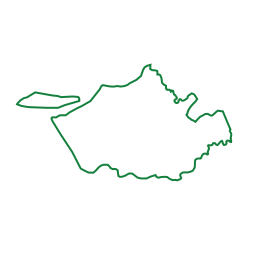 outline of Burutu, Delta, Nigeria, rotated 339°
{"feature_id": "59680162B9558481059390", "entity_name": "Burutu", "entity_type": "district", "adm_level": 2, "iso_a3": "NGA", "parent_name": "Nigeria", "parent_adm1": "Delta", "projection": "orthographic", "projection_center": [5.655, 5.239], "detail": "fine", "context": "isolated", "style": "outline", "palette": "green", "viewbox_px": 256, "rotation_deg": 339, "n_neighbors": 0, "source": "geoboundaries", "source_scale": "gbopen_adm2", "svg_char_len": 3334}
<svg xmlns="http://www.w3.org/2000/svg" viewBox="0 0 256 256"><g transform="rotate(339 128 128)"><path d="M223.1,165.9L222.8,157.4L222.5,146.5L218.0,144.0L215.5,144.8L212.4,146.1L210.7,146.5L209.0,145.3L207.6,143.4L204.9,142.6L203.3,142.9L201.6,143.2L199.6,143.3L196.1,144.8L193.2,146.4L191.7,144.4L190.4,143.3L189.3,141.4L188.1,139.8L187.3,136.7L188.6,135.8L188.8,135.7L189.2,134.6L190.0,133.9L191.0,132.8L194.2,130.5L198.4,128.3L199.8,127.9L203.0,125.7L201.9,120.5L199.9,118.5L195.8,119.5L194.8,120.4L194.0,121.5L191.3,122.1L189.8,122.3L189.2,122.2L188.3,121.9L187.8,121.0L187.4,120.0L186.9,119.7L186.2,119.8L185.7,120.2L184.8,120.8L184.4,121.9L183.8,122.2L182.8,122.2L182.0,122.0L181.7,121.6L181.4,121.1L181.1,120.1L181.1,119.3L181.4,118.7L182.3,118.3L183.4,118.2L184.1,118.0L184.4,117.4L184.4,116.4L183.7,114.0L183.0,113.1L183.1,111.6L183.4,110.1L183.4,109.8L183.4,109.5L183.3,109.3L183.1,109.2L182.2,109.5L182.0,109.3L182.0,109.0L181.9,108.7L181.7,108.8L181.4,109.3L181.0,109.4L181.0,108.5L180.8,107.7L180.2,107.0L179.0,106.8L177.7,105.8L177.9,105.1L177.7,104.1L178.2,103.5L178.6,102.1L176.8,100.1L176.0,97.8L177.1,93.5L177.1,90.3L175.9,88.9L174.7,88.7L175.0,87.5L175.7,85.9L175.7,85.2L174.0,83.9L172.7,83.3L171.2,82.6L169.9,80.8L171.1,78.1L171.6,77.1L169.4,76.9L168.8,76.8L168.0,76.8L165.2,77.3L162.6,79.5L161.3,81.1L158.7,84.1L152.9,86.1L145.2,86.9L143.1,87.6L139.8,87.6L137.4,87.0L135.8,86.6L133.3,85.1L129.1,84.1L126.2,82.8L123.8,81.4L120.0,79.0L117.8,79.5L115.9,81.5L102.6,89.4L92.4,91.0L87.7,91.3L78.9,92.5L74.5,93.8L69.1,91.8L67.9,91.8L64.8,92.4L61.2,90.9L60.0,91.5L59.9,94.3L62.9,110.2L67.3,130.3L69.3,148.9L71.6,151.6L75.1,155.4L79.6,157.3L82.3,156.4L86.7,154.2L89.4,153.4L92.3,153.6L95.9,155.1L97.0,157.4L97.2,158.9L99.0,160.9L101.0,161.5L102.3,162.4L103.2,163.8L102.5,166.4L101.9,169.4L102.9,170.7L105.2,171.4L108.4,171.5L110.4,171.1L113.0,170.9L115.6,172.1L117.1,174.4L117.3,174.8L119.2,177.8L121.8,179.6L125.2,181.0L127.0,181.7L132.3,181.5L136.8,181.8L137.1,183.9L138.6,185.3L141.0,185.6L144.5,186.6L147.0,187.8L148.6,190.3L150.9,192.6L152.2,193.0L153.6,193.4L155.2,194.5L157.8,194.5L159.3,194.2L159.8,193.5L159.7,192.4L159.7,190.9L159.8,190.8L160.7,189.7L163.3,189.2L165.2,189.8L167.8,190.9L171.0,191.2L173.4,191.0L176.0,188.9L177.5,185.9L178.6,183.1L179.3,182.0L181.0,181.4L182.9,181.7L184.5,182.4L185.5,182.2L186.3,181.2L187.4,180.1L189.1,179.2L190.5,179.4L191.8,180.1L192.4,181.1L193.4,181.0L193.8,179.0L194.9,177.7L196.0,176.7L196.5,175.0L196.3,173.3L196.9,172.9L198.7,173.7L200.5,174.0L201.1,173.5L202.1,172.7L203.4,173.2L203.6,173.2L203.9,174.0L204.5,175.3L205.4,176.0L205.7,175.9L206.0,175.8L206.9,175.3L208.4,174.5L209.7,173.8L211.1,173.7L211.3,174.4L211.0,176.2L211.1,177.3L211.4,178.2L213.5,178.5L214.6,177.4L214.9,175.9L216.2,175.3L217.6,176.1L217.8,176.2L218.0,176.7L218.4,177.6L219.2,178.0L219.7,177.2L219.9,176.0L219.9,175.7L220.3,174.2L221.1,172.8L222.1,171.2L222.3,169.6L222.1,168.6L222.0,167.2L223.0,165.9L223.1,165.9ZM92.2,85.3L92.6,83.8L92.9,83.6L92.9,83.4L92.9,83.2L92.9,82.6L93.0,82.6L93.0,82.4L92.9,82.4L92.9,82.1L92.7,81.9L92.6,81.5L92.5,81.4L92.4,81.1L92.2,80.9L87.2,78.6L76.6,75.2L73.9,73.0L68.5,70.2L54.1,61.5L44.7,63.2L41.4,62.8L37.6,63.6L34.4,65.1L33.3,65.7L32.9,66.1L36.6,69.3L42.5,72.8L59.3,80.0L70.0,84.1L77.2,84.0L92.2,85.3Z" fill="none" stroke="#15803d" stroke-width="2"/></g></svg>